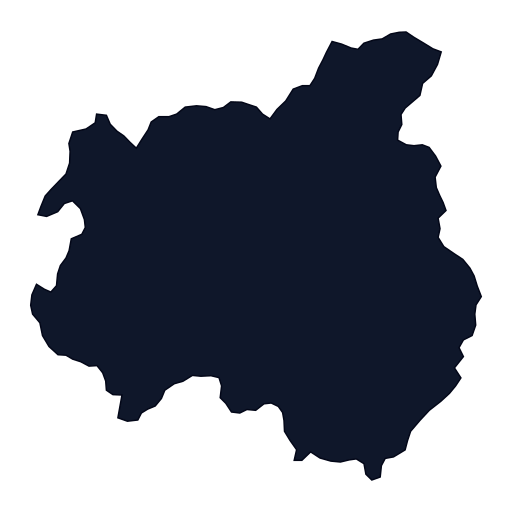 outline of Descoberto, Minas Gerais, Brazil
{"feature_id": "56859067B24625670932477", "entity_name": "Descoberto", "entity_type": "district", "adm_level": 2, "iso_a3": "BRA", "parent_name": "Brazil", "parent_adm1": "Minas Gerais", "projection": "robinson", "projection_center": [-42.969, -21.446], "detail": "fine", "context": "isolated", "style": "filled", "palette": "ink", "viewbox_px": 512, "rotation_deg": 0, "n_neighbors": 0, "source": "geoboundaries", "source_scale": "gbopen_adm2", "svg_char_len": 2308}
<svg xmlns="http://www.w3.org/2000/svg" viewBox="0 0 512 512"><path d="M332.1,41.5L326.4,52.4L323.0,59.7L318.6,68.1L314.7,78.3L309.9,85.7L302.3,85.7L293.2,89.1L285.7,101.0L277.0,109.4L270.0,118.9L262.5,114.1L256.4,107.1L248.8,104.6L241.7,102.2L230.8,101.9L223.4,107.5L214.8,109.7L206.0,106.6L196.5,105.8L185.2,107.1L176.6,114.1L168.9,116.7L158.8,116.7L151.2,122.0L148.1,129.8L142.4,138.5L136.3,148.2L129.8,142.1L123.9,136.0L117.0,131.2L110.2,124.2L106.4,115.3L96.6,114.1L95.2,122.8L86.0,129.0L72.7,132.0L68.9,143.5L70.1,151.3L69.6,163.1L66.0,174.0L59.2,181.0L51.2,189.3L45.2,196.0L40.9,206.6L37.9,214.7L46.6,216.4L57.7,211.7L64.3,203.5L72.5,200.8L80.4,208.6L84.4,219.5L85.3,227.5L81.8,234.3L71.3,238.8L69.1,250.7L66.0,258.0L60.4,265.5L57.6,273.9L56.5,285.7L50.8,292.1L44.3,289.2L36.5,284.3L31.9,294.9L30.7,305.3L32.6,314.1L39.9,322.8L42.5,335.6L49.0,346.5L58.0,354.7L66.0,355.2L72.8,359.2L80.7,361.7L89.0,366.1L97.0,365.6L102.7,372.8L105.7,381.0L106.4,390.2L112.9,394.6L122.0,395.0L119.8,407.2L117.9,417.8L127.4,421.2L137.8,420.0L141.4,413.0L147.7,409.1L155.2,406.0L161.4,398.5L164.8,390.2L174.3,383.7L183.0,381.2L192.4,375.4L200.8,376.2L211.0,375.7L219.0,377.6L221.6,385.9L220.2,397.7L225.8,403.3L231.5,412.0L239.8,413.0L246.9,409.5L255.7,410.3L264.0,403.8L271.2,403.0L278.3,406.4L282.6,412.5L284.0,420.5L284.5,431.3L290.1,440.5L296.6,449.7L294.2,460.3L301.9,460.3L310.6,451.9L320.0,458.0L330.9,461.1L340.4,462.0L349.1,459.9L356.3,458.9L364.0,463.7L365.9,474.2L371.8,480.0L380.2,477.0L381.4,465.6L385.2,458.4L393.5,456.9L405.1,449.9L407.5,440.7L410.6,431.3L419.9,420.4L429.3,410.3L440.8,401.3L449.5,393.3L455.6,385.9L460.9,377.9L454.4,367.9L463.4,356.6L459.0,347.7L463.4,339.9L472.1,335.5L475.7,325.1L474.8,314.1L476.0,304.9L481.3,296.6L477.2,286.0L474.1,275.9L469.9,268.1L462.8,259.4L454.0,253.6L443.8,246.6L438.1,237.4L440.0,228.7L438.1,218.1L446.0,210.5L443.1,202.5L439.7,195.5L436.3,187.6L435.1,177.1L440.9,166.1L435.6,156.1L429.1,147.4L422.3,144.8L414.0,145.7L406.3,144.8L397.6,140.1L398.1,132.0L401.8,124.5L401.0,114.5L405.2,108.0L412.8,101.5L419.9,95.4L422.6,83.4L431.3,75.9L437.5,64.4L441.2,51.9L432.9,48.8L423.8,43.2L413.6,37.1L406.1,32.0L399.1,32.3L390.6,34.0L382.2,38.9L373.5,40.1L363.9,43.2L358.0,49.3L351.0,48.0L341.6,44.1L332.1,41.5Z" fill="#0f172a" stroke="#020617" stroke-width="1.5"/></svg>